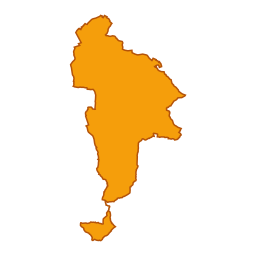 Horoatu Crasnei, Salaj, Romania
{"feature_id": "2599482B73206727878313", "entity_name": "Horoatu Crasnei", "entity_type": "district", "adm_level": 2, "iso_a3": "ROU", "parent_name": "Romania", "parent_adm1": "Salaj", "projection": "mercator", "projection_center": [22.925, 47.064], "detail": "fine", "context": "isolated", "style": "filled", "palette": "amber", "viewbox_px": 256, "rotation_deg": 0, "n_neighbors": 0, "source": "geoboundaries", "source_scale": "gbopen_adm2", "svg_char_len": 5780}
<svg xmlns="http://www.w3.org/2000/svg" viewBox="0 0 256 256"><path d="M109.1,233.1L111.3,230.9L111.1,230.5L111.6,229.9L113.6,227.9L115.4,226.7L113.8,225.4L113.0,224.2L112.0,223.6L112.0,223.1L111.6,223.0L111.5,222.3L110.8,221.5L110.7,220.9L110.4,220.1L110.4,218.9L110.1,217.9L110.1,217.1L110.5,215.7L110.4,213.8L110.1,213.0L110.1,212.2L108.4,210.6L109.0,209.3L109.0,208.2L109.6,207.1L109.7,206.5L109.6,206.2L109.4,206.0L107.8,205.8L106.7,205.1L106.3,205.1L105.4,202.0L105.2,200.8L104.9,200.2L107.5,202.3L109.9,201.7L110.6,201.8L112.9,201.5L113.9,201.7L114.7,200.7L117.0,199.3L117.3,198.4L118.7,197.9L119.6,198.1L120.5,197.7L122.2,197.6L123.3,196.5L124.3,196.4L127.7,194.5L129.5,193.2L129.9,192.8L130.1,190.3L130.0,187.5L130.1,187.0L130.9,186.8L131.1,186.2L132.7,184.9L132.9,184.6L133.1,182.8L134.7,181.1L135.6,180.9L136.1,180.0L136.1,179.4L135.7,178.3L135.7,177.7L136.1,176.9L135.7,176.1L136.1,174.3L135.8,173.0L136.0,172.3L136.0,171.3L136.3,170.7L136.3,169.6L136.7,169.1L137.7,167.2L138.0,166.0L137.3,165.3L137.0,164.5L137.3,156.4L137.1,155.8L137.7,152.3L138.1,152.0L138.2,149.0L138.4,148.2L138.2,145.5L138.4,144.8L138.3,143.8L138.6,142.5L140.1,141.2L141.4,140.5L142.3,138.9L143.3,138.9L145.1,140.0L145.9,139.9L148.6,138.3L149.3,138.4L150.0,137.8L151.6,137.2L152.7,136.1L154.1,136.3L153.3,133.7L153.7,133.3L157.0,133.9L157.6,134.3L157.3,136.8L159.1,137.0L159.6,137.3L161.1,136.9L164.4,137.0L164.9,137.5L167.0,137.3L168.4,137.7L168.3,138.7L170.0,138.7L171.0,139.1L171.8,139.0L172.1,138.7L173.3,138.8L173.8,139.0L174.7,140.0L177.3,139.4L178.0,138.9L178.2,138.4L178.6,138.3L179.1,137.4L179.5,137.3L179.9,136.7L180.2,135.6L181.0,135.2L181.1,134.7L180.4,133.5L178.9,132.4L180.2,130.8L180.0,130.6L181.2,128.5L177.9,127.3L176.0,125.9L175.3,125.7L174.0,124.6L173.4,123.6L172.4,120.4L170.6,118.7L170.1,117.1L169.4,116.5L169.2,115.4L169.4,114.7L169.4,114.0L169.7,113.7L169.8,112.2L169.3,112.1L169.3,111.3L169.1,111.1L166.6,110.2L166.5,108.2L167.0,108.0L167.2,107.4L168.2,107.4L169.6,106.0L170.8,105.9L171.6,104.5L173.9,101.1L176.5,99.7L178.0,97.8L181.8,97.6L184.9,95.9L185.4,95.1L182.4,94.0L180.2,92.5L179.5,91.8L178.9,91.6L178.3,90.0L176.1,87.4L175.5,86.9L175.1,86.8L173.6,85.6L173.6,85.0L172.0,83.4L171.4,81.1L171.1,79.7L170.0,79.3L167.6,76.5L166.6,76.2L166.1,75.6L166.2,75.1L165.7,74.4L164.9,74.2L164.6,73.9L164.1,71.8L161.2,71.6L159.0,70.7L157.9,69.8L157.4,68.7L156.7,68.0L156.4,67.0L155.3,67.3L154.8,66.6L155.1,66.6L155.5,65.9L157.1,65.1L158.1,65.0L158.7,65.3L159.4,67.4L161.6,66.6L161.5,65.7L161.1,65.0L161.1,64.1L160.7,63.8L160.4,63.0L159.7,62.7L159.5,61.8L158.8,62.3L158.0,61.1L155.9,60.1L156.1,59.6L153.1,58.3L151.9,60.5L149.3,58.3L147.3,55.4L146.2,54.9L142.7,54.1L138.0,54.9L137.2,54.8L135.0,54.1L132.1,52.7L131.9,50.3L127.9,50.8L124.7,50.2L122.5,49.2L122.8,47.1L122.3,45.4L122.3,44.2L122.8,43.1L122.7,42.5L122.2,41.5L118.8,40.7L117.9,40.1L117.8,39.7L117.0,39.0L116.8,38.4L116.1,38.2L115.6,37.1L114.7,36.2L112.7,35.8L110.2,36.4L108.6,36.1L107.9,35.7L106.1,35.6L105.5,34.9L107.1,33.2L108.0,31.0L108.1,29.3L109.1,27.2L110.4,25.9L111.0,24.5L111.9,23.4L109.7,21.4L109.9,20.7L109.0,19.3L108.7,18.7L107.0,17.9L106.5,17.5L107.0,16.8L104.5,15.5L103.1,17.7L102.1,17.0L102.2,16.0L100.6,15.4L100.0,16.2L99.0,16.7L95.8,18.1L93.0,18.8L91.6,19.5L87.7,23.4L87.2,24.4L86.1,24.2L85.1,23.6L83.4,25.5L83.6,25.7L83.4,25.9L81.4,27.1L81.9,27.7L81.4,28.1L80.8,29.5L79.6,28.5L79.0,29.1L78.6,28.7L76.9,30.6L75.8,32.6L81.2,42.7L78.5,43.7L79.7,45.4L74.3,47.2L74.9,48.4L73.7,51.2L73.6,51.9L74.0,54.0L74.0,54.6L73.8,54.9L75.0,57.9L74.9,59.2L74.2,60.3L72.7,61.7L70.6,64.6L70.9,66.0L71.4,67.5L72.5,74.8L73.6,76.5L73.9,77.9L74.0,78.8L73.5,81.4L73.9,81.5L73.8,83.3L73.9,84.6L73.6,86.0L73.3,86.2L74.4,86.8L78.2,87.5L80.1,87.1L81.3,87.3L83.5,87.3L85.4,87.8L86.8,87.7L87.2,88.5L87.2,89.2L87.6,89.3L89.8,89.3L90.1,89.6L93.1,89.4L94.2,90.6L95.2,92.8L95.2,93.6L95.5,94.1L95.7,95.3L95.5,99.3L95.2,101.8L95.5,102.7L95.0,108.5L95.2,109.2L94.5,109.3L92.5,108.9L91.8,107.5L91.0,107.1L88.3,107.2L88.0,107.4L88.2,107.7L87.9,108.1L88.0,109.3L87.5,109.6L87.4,110.3L87.2,110.7L86.1,111.5L85.9,112.1L85.5,112.8L85.5,113.7L85.6,114.5L86.2,115.4L85.6,116.0L88.6,124.9L86.1,126.0L87.1,127.3L87.9,131.0L88.5,132.2L92.7,135.7L93.3,137.0L94.1,139.4L94.6,143.2L95.2,145.3L95.5,145.9L96.6,147.2L96.7,147.6L96.0,147.9L96.6,149.9L97.2,150.4L98.1,152.5L97.7,153.5L97.7,154.3L98.3,155.7L98.6,158.3L97.9,159.5L98.8,159.8L98.7,160.1L98.8,160.9L98.5,161.9L98.3,165.0L97.8,167.4L97.2,167.9L96.7,168.7L97.1,170.5L98.1,172.2L98.4,172.4L98.8,173.0L99.0,173.9L98.8,174.3L100.2,174.9L100.4,175.7L102.4,177.6L102.5,178.3L103.2,179.3L104.5,179.3L105.7,179.7L106.9,182.2L107.4,182.9L107.4,183.8L107.1,183.9L107.5,184.4L107.3,185.0L107.7,185.4L107.7,185.8L107.2,186.5L107.4,186.7L106.7,187.4L106.2,188.6L105.0,190.2L104.7,191.4L104.1,191.7L104.3,192.4L103.8,192.9L103.9,194.0L103.6,195.4L103.3,196.3L102.7,197.2L102.3,198.9L102.3,199.7L104.8,200.2L105.2,200.8L105.3,202.0L106.2,205.2L106.7,205.1L107.8,205.8L109.4,206.1L109.6,206.5L109.5,207.0L108.9,208.1L108.9,209.3L108.4,210.4L106.6,213.0L106.7,214.1L107.0,215.6L103.4,218.7L103.2,219.7L103.1,222.5L103.2,223.7L103.0,224.0L101.7,224.0L101.1,223.6L99.1,223.3L98.2,222.5L96.7,222.9L95.9,222.7L95.4,222.2L94.8,222.5L93.8,222.2L92.0,222.3L90.8,222.0L89.6,223.0L87.5,223.4L86.8,223.4L86.1,223.0L82.3,223.3L81.5,222.9L80.8,222.8L80.5,223.8L80.5,225.5L81.5,226.7L83.0,227.6L83.6,228.2L83.9,229.0L83.9,229.7L85.4,231.8L88.7,233.1L89.5,234.1L90.1,234.4L90.7,235.1L91.3,235.8L91.7,236.8L92.0,237.0L92.3,237.9L91.9,239.2L92.0,239.9L92.3,240.4L93.0,240.4L94.3,239.4L94.9,239.4L95.2,239.7L97.0,240.3L98.6,240.5L99.5,240.2L100.2,240.6L100.8,240.6L102.3,239.4L102.8,238.0L103.5,237.6L104.1,236.7L105.3,235.9L106.3,235.7L107.5,235.0L108.6,233.9L109.1,233.1Z" fill="#f59e0b" stroke="#b45309" stroke-width="1.5"/></svg>